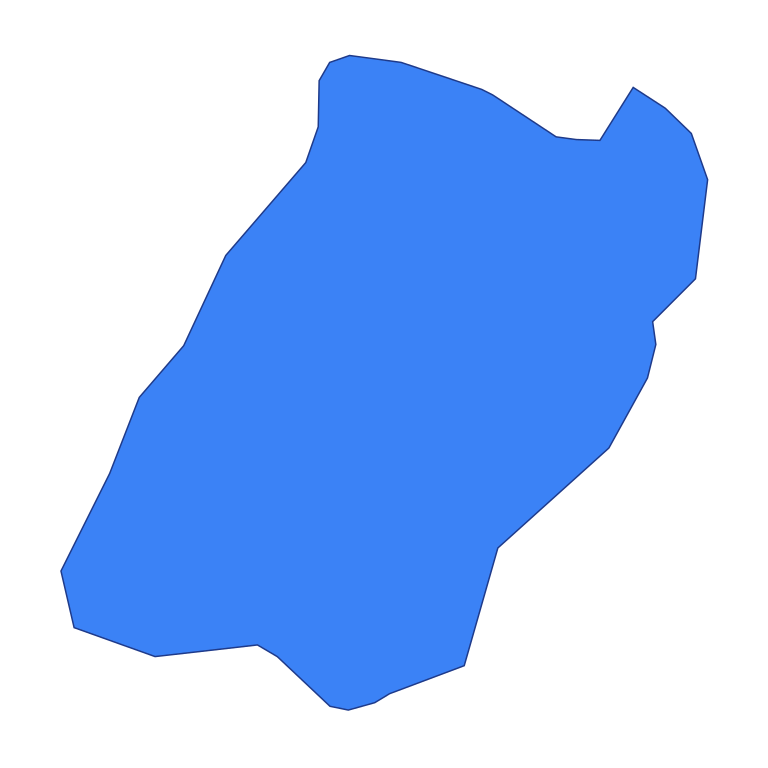 an SVG outline of Lovrenc na Pohorju, rotated 2°
{"feature_id": "SVN-235", "entity_name": "Lovrenc na Pohorju", "entity_type": "Municipality", "adm_level": 1, "iso_a3": "SVN", "parent_name": "Slovenia", "parent_adm1": "", "projection": "equal_earth", "projection_center": [15.394, 46.529], "detail": "fine", "context": "isolated", "style": "filled", "palette": "blue", "viewbox_px": 768, "rotation_deg": 2, "n_neighbors": 0, "source": "natural_earth", "source_scale": "10m", "svg_char_len": 590}
<svg xmlns="http://www.w3.org/2000/svg" viewBox="0 0 768 768"><g transform="rotate(2 384 384)"><path d="M338.1,56.9L389.9,62.0L471.4,86.2L482.5,91.3L547.4,131.0L567.7,133.0L591.3,133.0L622.7,78.9L655.5,98.6L682.4,122.9L700.3,168.5L691.6,268.0L650.3,312.3L654.3,335.0L647.1,368.8L611.0,440.1L503.5,543.9L474.0,662.7L400.4,693.3L385.9,702.8L359.7,711.1L341.3,708.0L286.9,660.2L266.6,649.2L164.7,664.4L82.8,638.3L67.7,582.2L113.0,482.9L139.9,405.9L182.5,352.7L221.4,261.0L298.1,165.4L309.3,129.3L308.6,83.1L318.5,64.5L338.1,56.9Z" fill="#3b82f6" stroke="#1e3a8a" stroke-width="1.5"/></g></svg>